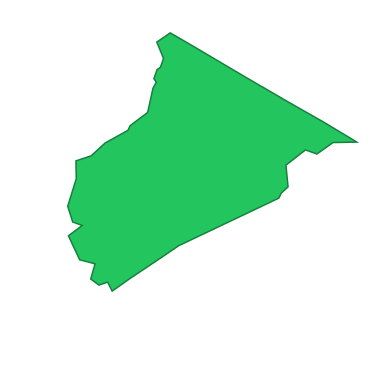 the district of Hamilton, Tennessee, United States of America, rotated 211°
{"feature_id": "52423323B89334194896332", "entity_name": "Hamilton", "entity_type": "district", "adm_level": 2, "iso_a3": "USA", "parent_name": "United States of America", "parent_adm1": "Tennessee", "projection": "natural_earth1", "projection_center": [-85.164, 35.221], "detail": "fine", "context": "isolated", "style": "filled", "palette": "green", "viewbox_px": 384, "rotation_deg": 211, "n_neighbors": 0, "source": "geoboundaries", "source_scale": "gbopen_adm2", "svg_char_len": 892}
<svg xmlns="http://www.w3.org/2000/svg" viewBox="0 0 384 384"><g transform="rotate(211 192 192)"><path d="M292.6,317.2L299.4,302.4L285.2,291.8L283.3,282.6L285.0,278.9L283.0,269.5L279.1,267.6L278.9,260.8L271.0,237.4L279.2,217.0L278.7,211.9L291.7,189.3L297.1,171.0L307.5,159.0L305.8,156.1L298.1,143.9L291.2,115.8L278.8,104.8L268.9,106.8L275.4,90.8L253.3,76.0L238.1,80.5L234.0,65.2L223.8,64.3L217.9,71.3L209.4,65.9L200.5,86.1L184.4,120.3L175.7,139.2L114.4,231.5L114.9,236.9L112.3,245.9L125.3,263.4L116.4,286.5L104.5,288.9L96.6,307.0L76.5,319.6L79.7,319.7L115.2,319.7L124.4,319.5L140.2,319.1L148.6,318.9L149.8,318.9L151.5,318.9L154.5,318.8L161.9,318.6L162.7,318.6L167.3,318.6L171.7,318.5L180.2,318.4L182.4,318.4L186.1,318.4L186.7,318.3L187.9,318.2L188.4,318.2L201.8,318.1L204.1,318.0L262.9,317.6L263.0,317.6L291.3,317.2L292.6,317.2Z" fill="#22c55e" stroke="#15803d" stroke-width="1.5"/></g></svg>